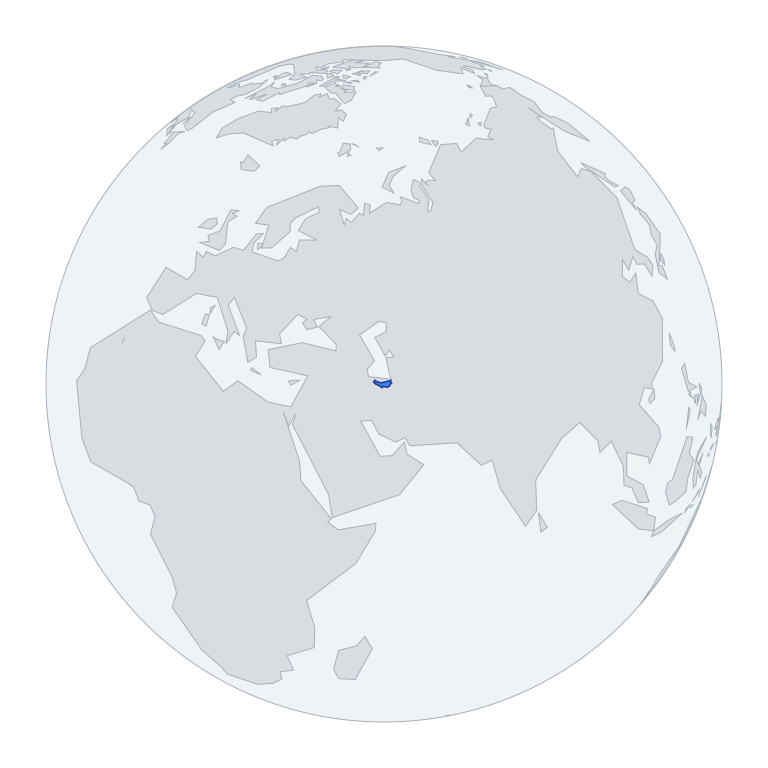 the Earth from above Mazandaran
{"feature_id": "IRN-3214", "entity_name": "Mazandaran", "entity_type": "Province", "adm_level": 1, "iso_a3": "IRN", "parent_name": "Iran", "parent_adm1": "", "projection": "orthographic", "projection_center": [52.513, 36.378], "detail": "fine", "context": "on_globe", "style": "filled", "palette": "blue", "viewbox_px": 768, "rotation_deg": 0, "n_neighbors": 0, "source": "natural_earth", "source_scale": "10m", "svg_char_len": 11854}
<svg xmlns="http://www.w3.org/2000/svg" viewBox="0 0 768 768"><circle cx="384" cy="384" r="338" fill="#eef3f6" stroke="#a8b0b8"/><path d="M391.6,46.2L404.5,47.8L439.2,54.5L455.1,56.7L447.8,56.8L481.2,62.3L503.2,70.0L475.3,61.5L470.0,61.0L483.5,65.7L481.0,66.3L486.1,69.3L482.0,69.9L466.0,65.9L463.0,66.5L472.7,69.9L474.6,73.4L460.9,68.1L462.9,73.9L436.5,70.2L403.1,58.9L385.3,60.6L342.5,59.8L343.3,61.8L327.6,63.9L322.6,67.2L316.1,67.0L317.8,70.0L324.7,69.7L327.7,71.1L325.5,73.4L316.7,73.1L316.6,71.9L312.9,73.1L309.5,72.1L309.9,73.8L299.6,73.8L306.3,77.3L295.2,80.2L289.3,79.3L294.5,74.9L293.9,64.8L289.6,64.0L278.2,66.6L246.9,80.0L240.2,81.7L227.7,87.2L229.2,87.9L239.6,84.0L239.3,87.4L252.0,83.1L253.7,84.2L264.8,82.5L258.1,87.8L245.5,94.4L235.9,96.4L230.1,99.7L235.1,102.4L213.3,111.8L192.1,128.4L187.0,130.8L184.4,125.7L194.8,112.9L191.4,109.7L188.4,117.4L175.7,124.6L171.5,128.5L169.2,131.9L171.9,131.5L166.5,135.6L167.5,128.6L172.4,124.8L172.1,126.8L176.8,121.2L177.4,118.1L170.9,122.8L178.0,116.1L198.8,101.4L220.6,88.2L243.3,76.8L266.8,67.1L291.0,59.1L315.7,53.1L340.8,48.9L366.1,46.6L391.6,46.2ZM403.0,46.6L404.0,46.7L398.7,46.4L398.3,46.4L403.0,46.6ZM467.0,58.7L459.5,56.7L467.7,58.6L467.0,58.7ZM487.5,69.6L490.4,70.2L491.8,71.6L487.5,69.6ZM267.8,79.8L266.3,81.1L265.0,80.7L267.8,79.8ZM274.0,77.9L273.5,76.6L276.4,75.5L276.7,76.4L274.0,77.9ZM486.8,74.0L488.2,76.5L484.0,73.2L486.8,74.0ZM273.9,80.0L281.6,73.9L286.7,72.3L291.8,74.4L273.9,80.0ZM487.1,77.5L490.6,84.4L497.4,85.9L480.3,86.3L483.0,79.8L476.8,75.3L483.4,77.7L487.1,77.5ZM327.9,68.7L320.4,69.1L328.8,66.9L327.9,68.7ZM332.5,67.0L353.7,59.7L363.6,60.8L354.5,62.7L369.0,63.1L363.3,67.2L354.1,67.9L348.8,66.2L350.7,69.2L332.5,67.0ZM470.2,85.8L468.7,87.2L467.2,85.1L470.2,85.8ZM329.6,71.6L333.0,69.7L341.8,70.4L336.6,74.3L335.4,72.8L329.6,71.6ZM375.5,61.5L381.1,63.1L378.1,66.7L379.9,67.9L364.1,67.4L375.5,61.5ZM332.3,73.7L333.7,76.3L327.5,78.1L326.9,73.5L332.3,73.7ZM346.3,69.1L350.2,69.8L346.3,70.6L346.3,69.1ZM306.2,87.0L310.1,84.2L315.0,84.3L306.2,87.0ZM334.7,77.2L336.8,76.6L339.2,76.5L338.8,78.6L334.7,77.2ZM363.0,70.2L360.6,71.6L369.4,70.6L367.5,73.7L357.2,72.9L360.8,74.6L360.3,75.6L352.6,74.0L363.0,70.2ZM345.6,80.5L332.0,81.4L323.7,86.2L319.0,86.2L333.2,78.5L345.6,80.5ZM350.4,76.7L346.4,78.9L342.7,77.5L343.1,75.1L350.4,76.7ZM369.8,76.2L375.4,71.6L377.5,71.9L369.8,76.2ZM343.9,82.1L347.3,81.9L343.8,82.6L343.9,82.1ZM362.7,78.2L364.4,76.4L366.7,76.8L362.7,78.2ZM352.5,83.2L348.1,83.3L348.3,81.6L352.5,83.2ZM357.8,81.1L360.5,82.2L351.0,80.8L358.2,80.2L357.8,81.1ZM364.6,78.9L366.5,78.6L363.6,79.6L364.6,78.9ZM354.5,90.2L342.4,88.9L342.8,84.8L354.4,86.5L354.5,90.2ZM81.9,438.0L76.6,380.7L84.8,368.8L90.3,347.8L150.3,310.1L158.6,322.0L200.8,335.5L205.2,340.8L195.4,356.2L223.2,391.3L237.9,380.8L267.9,402.0L290.9,406.8L307.7,375.9L270.0,367.4L268.2,349.7L302.3,342.7L335.9,350.9L336.3,344.4L319.1,326.6L330.9,316.5L313.6,319.5L317.6,327.1L306.8,329.6L302.5,322.9L306.9,319.3L297.9,314.3L279.5,333.9L281.5,343.7L255.5,340.8L256.5,357.3L247.9,362.2L243.1,336.3L246.7,328.4L234.4,297.3L228.2,305.1L239.5,335.4L234.1,331.5L225.9,343.7L228.0,331.3L217.3,297.5L196.5,293.4L162.9,314.5L152.3,310.5L146.6,297.5L166.1,267.4L187.7,279.8L194.9,270.6L196.7,251.5L203.1,257.4L206.5,251.5L215.2,255.8L233.6,247.3L243.5,250.4L256.6,233.9L263.4,233.6L253.7,243.1L252.2,252.0L277.4,260.7L283.9,258.4L290.4,247.4L296.5,251.7L299.6,240.0L317.0,240.2L298.4,230.5L305.6,218.7L319.2,212.3L318.2,207.0L296.0,217.6L290.1,223.6L290.4,231.3L271.6,247.9L261.6,248.0L268.8,225.1L255.5,223.3L266.9,207.4L319.9,186.4L339.1,185.4L358.3,208.0L350.4,214.5L339.6,209.3L344.2,224.9L346.4,218.4L351.5,222.4L359.6,213.2L363.6,215.7L364.6,203.1L370.3,205.1L369.6,213.1L386.6,202.5L400.2,204.8L402.1,201.3L400.3,196.9L418.8,203.5L419.3,200.7L413.5,197.4L410.9,189.9L413.5,179.5L419.8,182.3L419.7,186.4L428.9,199.8L427.7,211.1L430.5,211.3L433.0,202.2L421.8,185.8L421.6,178.9L428.1,185.7L425.7,182.7L427.6,180.2L435.3,180.5L428.7,172.8L440.6,144.6L456.7,143.5L461.2,152.1L476.1,138.2L493.1,139.9L487.7,136.6L491.2,128.9L485.9,128.2L483.6,126.1L490.2,108.3L496.6,107.0L493.3,97.4L490.6,95.9L485.6,96.2L480.3,86.3L497.4,85.9L502.8,89.0L509.9,87.4L521.3,95.3L534.0,101.7L542.3,112.6L551.6,117.4L553.3,116.3L567.2,122.8L590.0,141.4L564.1,131.0L528.5,108.0L542.4,117.3L537.0,116.9L540.6,121.5L550.7,128.5L553.2,128.1L557.8,151.3L577.5,176.8L581.5,168.7L590.9,171.3L616.8,197.6L635.0,249.8L647.6,257.3L653.0,265.7L652.0,276.0L644.2,263.9L637.2,264.3L632.9,256.4L628.8,270.2L622.5,259.6L622.3,276.4L629.8,282.3L635.8,273.4L638.4,293.5L653.1,301.1L662.3,318.1L662.5,361.5L651.6,382.9L652.5,389.2L644.3,387.4L639.2,404.6L659.1,427.5L660.6,436.8L649.6,463.6L648.3,457.2L626.7,452.4L626.8,476.0L643.3,484.8L649.2,502.0L638.3,502.6L631.8,487.7L624.1,485.5L623.3,465.9L611.2,441.2L599.9,452.7L598.0,440.9L579.7,422.5L561.9,438.1L535.6,480.0L536.7,510.2L525.6,526.2L500.5,488.9L492.2,460.2L481.3,465.2L457.1,442.9L409.9,445.7L404.9,437.8L395.6,442.0L378.8,434.0L371.8,420.5L360.8,421.1L380.1,456.3L392.0,455.7L404.3,442.2L407.3,454.5L423.7,464.6L399.6,494.6L332.2,517.6L328.6,494.5L292.4,424.4L295.2,417.2L295.1,416.3L294.9,414.7L288.6,426.0L283.3,411.8L299.5,461.0L300.9,480.6L331.3,518.9L327.7,522.0L338.3,529.9L375.9,523.3L375.5,530.7L356.0,563.2L306.5,600.6L314.8,627.4L314.2,647.5L287.2,655.7L293.5,670.1L280.2,671.8L282.0,678.8L273.5,683.2L257.9,684.4L227.0,674.0L222.0,667.7L201.7,649.8L172.2,607.2L176.6,593.3L172.5,577.9L150.5,534.1L155.1,516.5L150.0,505.0L139.1,501.1L133.6,487.1L127.4,482.9L90.8,461.8L81.9,438.0ZM124.6,337.4L121.8,343.2L121.8,343.3L124.6,337.4ZM368.5,376.6L390.6,379.1L385.8,357.5L393.9,356.9L389.3,350.1L385.3,356.0L374.8,337.4L386.2,331.8L386.1,322.6L378.7,321.4L359.6,334.9L374.5,361.0L367.2,369.3L368.5,376.6ZM175.7,125.0L175.4,125.7L172.2,129.5L171.8,128.7L175.7,125.0ZM169.2,142.9L160.6,149.2L166.4,143.8L164.2,143.3L173.8,131.9L185.0,131.5L178.2,133.4L169.2,142.9ZM189.8,117.8L182.4,124.3L190.0,117.3L189.8,117.8ZM216.6,217.9L217.5,223.6L211.1,229.0L198.7,227.4L207.8,219.3L216.6,217.9ZM220.3,230.8L230.9,209.8L239.0,210.8L232.7,213.6L237.0,216.3L227.9,221.8L225.4,244.1L219.6,250.5L199.8,242.6L209.5,241.3L208.0,235.4L220.3,230.8ZM243.5,162.1L248.1,155.1L259.7,165.8L254.0,171.3L241.3,169.4L240.5,161.9L243.5,162.1ZM281.5,85.7L282.5,83.8L284.9,83.6L286.0,85.2L281.5,85.7ZM307.6,85.7L279.5,94.6L279.2,92.7L263.0,101.3L256.1,99.7L266.8,94.0L249.4,99.7L256.3,93.9L244.5,98.7L269.1,86.1L274.6,81.8L271.1,87.0L277.3,88.5L281.7,87.8L298.1,83.0L313.0,75.3L321.5,76.3L323.6,79.0L321.3,81.0L316.5,79.6L316.9,83.3L308.2,82.9L307.6,85.7ZM343.0,121.4L338.4,117.1L337.7,128.0L329.0,126.2L329.5,127.6L321.2,129.1L312.1,133.6L308.8,131.9L306.6,134.5L301.1,135.9L297.1,139.0L289.8,137.3L284.2,141.0L283.9,138.1L276.3,145.3L278.7,139.3L271.8,141.1L273.1,145.9L243.8,133.1L229.6,133.7L216.4,137.9L222.3,128.1L238.4,118.5L258.4,111.2L271.2,112.5L271.5,108.3L277.8,107.9L274.9,111.4L283.0,105.9L287.4,106.6L305.2,102.5L314.2,95.1L321.0,93.8L319.6,97.1L327.2,93.5L329.2,99.1L334.0,98.5L340.8,103.8L335.4,111.2L341.2,110.0L346.6,114.5L343.0,121.4ZM356.1,91.8L351.5,100.2L344.5,103.6L335.6,93.1L331.0,92.9L325.0,87.1L335.3,82.5L336.1,84.5L339.2,85.4L334.7,86.5L340.7,86.4L341.9,89.3L346.8,90.1L344.0,92.5L356.1,91.8ZM213.3,336.9L217.3,339.4L224.3,341.4L219.2,349.5L213.3,336.9ZM205.6,313.9L209.6,314.5L205.9,326.0L201.7,323.8L205.6,313.9ZM215.1,305.4L210.2,313.6L210.4,307.8L215.1,305.4ZM257.8,243.3L262.5,243.6L261.8,246.4L257.7,249.6L257.8,243.3ZM339.3,156.4L337.8,152.7L340.0,151.8L343.3,143.1L350.1,144.2L350.7,149.9L339.3,156.4ZM299.5,380.3L291.0,385.2L288.3,381.4L291.7,380.4L299.5,380.3ZM251.8,367.8L261.2,375.0L250.3,370.0L251.8,367.8ZM347.2,156.2L347.9,152.3L350.9,155.3L347.2,156.2ZM355.2,144.7L359.2,147.4L351.3,143.4L355.2,144.7ZM447.1,715.2L450.7,715.0L445.0,716.0L447.1,715.2ZM372.4,648.7L355.1,679.6L338.9,678.6L333.6,669.5L338.5,650.5L356.6,645.8L364.9,636.4L372.4,648.7ZM689.5,508.1L693.2,504.2L692.8,505.6L689.5,508.1ZM685.9,509.1L690.6,503.8L684.5,512.8L685.9,509.1ZM692.3,501.7L697.1,493.5L699.1,488.9L698.4,491.9L692.3,501.7ZM682.4,513.0L660.8,532.5L651.4,536.6L654.3,530.4L669.5,519.4L682.4,513.0ZM653.5,530.9L638.3,528.9L612.5,504.5L621.8,500.3L647.8,508.7L646.3,513.7L655.6,517.3L653.5,530.9ZM687.7,478.7L686.0,491.8L674.8,501.9L669.3,504.9L665.6,492.8L667.7,483.1L672.5,479.4L687.1,436.5L692.9,437.4L689.3,453.9L693.8,459.7L687.7,478.7ZM538.4,512.5L547.4,527.3L540.9,532.0L538.4,512.5ZM690.2,410.6L686.2,429.3L688.9,407.1L690.2,410.6ZM690.2,391.7L691.8,397.5L688.3,394.3L690.2,391.7ZM655.0,398.0L650.1,403.5L648.6,399.2L654.0,389.6L655.0,398.0ZM669.2,332.7L674.2,345.8L675.0,351.1L670.4,345.3L669.2,332.7ZM405.7,165.7L393.5,176.0L389.2,185.3L393.8,193.1L382.1,187.1L388.7,172.6L405.7,165.7ZM435.7,146.6L431.6,140.7L436.7,140.9L438.4,142.3L435.7,146.6ZM430.8,144.7L419.4,142.0L419.3,137.2L428.3,140.2L430.8,144.7ZM383.1,147.9L379.0,150.7L376.6,148.1L383.1,147.9ZM640.5,604.0L648.9,591.5L650.8,589.7L657.7,577.2L679.7,545.3L697.5,507.1L702.2,497.5L710.4,471.2L711.5,467.1L704.2,492.0L695.0,516.2L683.9,539.7L671.1,562.2L656.6,583.7L640.5,604.0ZM698.3,496.8L704.4,480.4L706.6,475.6L698.3,496.8ZM719.1,427.3L719.3,425.5L716.4,436.6L715.8,433.9L717.7,425.2L714.5,430.1L718.2,417.4L718.8,424.6L720.4,409.8L721.4,402.4L719.1,427.3ZM716.4,442.2L716.8,440.5L716.0,445.4L716.4,442.2ZM709.1,452.4L708.7,455.9L707.5,456.0L709.1,452.4ZM710.9,447.2L714.2,442.8L710.4,450.6L710.9,447.2ZM696.6,459.0L698.1,464.4L703.2,452.7L699.3,464.8L701.8,472.4L700.2,478.6L698.0,470.0L695.7,485.2L693.3,487.9L692.9,477.9L695.8,460.6L698.0,451.6L706.6,436.8L696.6,459.0ZM711.2,438.2L710.2,431.4L710.8,424.1L712.1,426.5L711.2,438.2ZM705.4,416.3L700.7,411.2L697.8,419.9L702.3,396.0L706.3,404.7L705.4,416.3ZM699.3,398.1L696.7,406.1L698.4,393.2L699.3,398.1ZM695.3,403.8L693.5,397.0L696.3,394.6L695.3,403.8ZM700.9,396.1L699.0,383.1L701.6,388.5L700.9,396.1ZM688.5,382.4L696.9,386.8L688.4,391.4L681.5,368.2L684.7,363.6L688.5,382.4ZM664.5,264.8L660.0,259.3L661.0,254.0L663.8,259.3L664.5,264.8ZM660.1,233.9L659.8,250.9L658.9,265.6L662.2,265.8L667.4,279.0L659.1,272.6L655.2,254.3L657.1,245.3L651.4,235.2L649.1,224.2L640.4,214.1L637.5,207.2L645.9,213.8L660.1,233.9ZM636.6,210.2L620.6,191.1L625.2,186.7L629.7,189.8L635.1,200.2L632.4,201.9L636.6,210.2ZM618.1,185.4L615.3,187.1L585.9,167.6L580.9,162.6L605.6,173.8L604.3,176.2L610.7,182.1L618.1,185.4ZM472.3,88.2L469.0,87.3L472.0,87.0L472.3,88.2ZM480.6,126.0L477.9,123.1L481.6,122.4L480.6,126.0ZM472.6,115.1L470.3,117.8L470.1,113.7L472.6,115.1ZM465.7,124.3L468.2,118.3L469.6,125.8L465.7,124.3Z" fill="#d9dde1" stroke="#a8b0b8" stroke-width="1"/><path d="M374.9,380.3L375.1,380.5L375.3,380.5L375.5,380.7L376.2,381.2L376.9,381.6L377.3,381.8L378.6,382.1L379.4,382.4L380.3,382.5L381.1,382.8L382.0,382.7L382.8,382.4L383.6,382.2L384.5,382.0L385.3,381.9L386.1,381.6L386.8,381.4L388.4,381.0L388.6,381.0L390.5,380.8L390.8,380.8L391.0,380.6L391.0,380.8L390.8,380.9L390.4,380.9L390.2,381.0L389.9,381.0L389.7,381.1L389.4,381.0L389.2,381.0L389.3,381.1L389.4,381.3L389.6,381.4L389.6,381.5L389.9,381.9L390.9,382.5L391.4,383.0L391.6,383.3L391.1,383.5L390.8,383.7L390.4,384.1L390.2,384.4L390.1,384.7L390.1,385.2L389.9,385.4L389.4,385.9L389.3,386.0L389.2,386.2L389.1,386.4L388.9,386.5L388.6,386.7L388.2,386.9L387.8,386.8L387.6,386.9L387.3,387.1L387.0,387.1L386.6,387.2L386.1,386.9L385.9,386.9L385.7,387.0L385.4,387.0L385.1,386.9L384.5,386.6L384.1,386.6L383.8,386.4L383.5,386.4L383.0,386.7L382.4,387.5L382.1,387.6L381.7,387.6L381.4,387.5L381.3,387.4L381.1,387.2L380.9,386.7L380.4,386.2L379.7,385.9L379.0,385.8L378.5,385.5L378.2,385.1L377.4,385.0L377.2,384.9L377.0,384.7L376.9,384.6L376.6,384.4L375.9,384.3L375.9,384.2L375.1,383.4L374.8,383.3L373.6,382.2L373.8,382.0L374.1,381.5L374.2,381.0L374.4,380.8L374.7,380.7L374.8,380.5L374.9,380.3L374.9,380.3Z" fill="#3b82f6" stroke="#1e3a8a" stroke-width="1.5"/></svg>